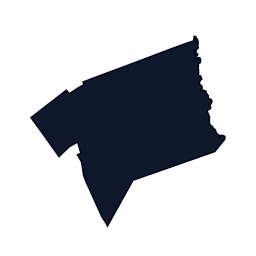 the district of Vicente López, Buenos Aires, Argentina, rotated 8°
{"feature_id": "61730980B14767108287685", "entity_name": "Vicente López", "entity_type": "district", "adm_level": 2, "iso_a3": "ARG", "parent_name": "Argentina", "parent_adm1": "Buenos Aires", "projection": "robinson", "projection_center": [-58.476, -34.529], "detail": "fine", "context": "isolated", "style": "filled", "palette": "ink", "viewbox_px": 256, "rotation_deg": 8, "n_neighbors": 0, "source": "geoboundaries", "source_scale": "gbopen_adm2", "svg_char_len": 5030}
<svg xmlns="http://www.w3.org/2000/svg" viewBox="0 0 256 256"><g transform="rotate(8 128 128)"><path d="M182.5,28.0L180.8,28.0L180.8,31.3L181.0,32.5L174.0,36.0L160.1,43.4L129.1,60.4L109.1,71.3L93.1,79.9L77.1,88.7L78.5,91.1L75.3,93.5L72.3,95.9L65.0,102.3L61.7,99.1L52.2,109.0L44.9,116.4L30.5,131.2L46.0,147.2L63.7,165.9L72.1,155.1L72.4,154.7L80.1,148.9L84.9,159.7L81.7,161.5L86.7,168.1L90.8,181.5L94.5,188.0L102.2,200.1L114.6,219.8L119.4,225.1L121.3,228.0L140.2,179.0L217.3,139.2L221.9,131.3L224.5,127.2L225.5,125.2L225.3,123.5L225.1,123.4L224.8,122.8L224.6,122.6L223.9,122.4L223.4,122.3L223.0,122.3L222.7,122.2L221.9,122.2L221.5,122.3L221.2,122.3L220.9,122.4L220.4,122.7L220.1,122.8L220.0,123.1L220.0,123.3L220.0,123.6L220.1,123.9L220.2,124.1L220.1,124.3L219.9,124.4L219.7,124.3L219.6,124.1L219.5,123.5L219.3,122.9L219.1,122.6L218.9,122.4L217.9,121.8L217.6,121.7L217.4,121.5L217.2,121.4L216.7,121.0L216.3,120.5L216.0,120.1L215.9,119.9L215.6,119.6L215.5,119.4L215.2,118.6L214.7,117.7L214.4,117.3L213.9,117.1L213.6,117.0L213.3,116.9L213.0,116.9L213.0,117.1L212.9,117.0L212.8,116.8L212.6,116.6L212.4,116.3L212.2,116.1L212.1,115.7L211.9,115.5L211.7,115.2L211.3,114.8L211.0,114.6L210.7,114.4L210.4,114.3L209.8,114.1L209.6,114.0L209.4,114.0L209.2,113.9L209.1,113.7L208.7,113.3L208.6,113.2L208.5,112.5L208.4,112.3L208.2,112.1L208.1,111.7L207.9,111.4L207.7,110.7L207.6,110.4L207.4,110.2L207.2,109.9L207.1,109.7L207.4,109.5L207.5,109.3L207.7,109.1L207.7,108.9L207.4,108.8L207.2,108.7L207.2,108.4L207.3,108.2L207.2,108.1L206.9,108.1L206.9,107.8L207.0,107.5L207.1,107.1L207.2,106.9L207.4,106.5L207.4,106.2L207.3,105.8L207.0,105.4L206.8,105.1L206.6,104.8L206.0,103.6L205.5,102.8L205.0,102.5L205.0,102.4L205.2,102.2L204.9,102.1L204.6,102.0L204.5,101.9L204.4,101.7L204.3,101.2L204.3,100.9L204.3,100.3L204.6,99.0L204.7,98.7L204.8,98.6L205.3,98.5L205.9,98.4L206.1,98.2L206.5,97.9L206.7,97.6L207.0,96.8L207.0,96.4L207.0,96.1L206.9,95.8L206.7,95.5L206.2,94.7L206.1,94.3L206.0,93.9L206.0,93.5L206.2,93.2L206.4,93.1L206.6,93.0L206.7,92.8L206.8,92.3L207.0,91.8L207.1,91.6L207.3,91.2L207.3,90.9L207.3,90.6L207.3,90.2L207.3,89.7L207.2,89.4L207.0,89.0L206.8,88.6L206.6,88.4L206.3,88.2L206.0,88.1L205.7,88.0L205.1,88.0L204.6,87.9L204.4,87.8L204.0,87.7L203.8,87.6L203.6,87.5L203.4,87.3L203.3,87.0L203.3,86.6L203.1,86.1L203.1,85.6L203.1,85.1L203.0,84.8L202.9,84.7L202.7,84.5L202.1,84.0L201.7,83.7L201.6,83.4L201.2,83.2L200.8,82.5L200.7,82.2L200.0,80.9L199.9,80.7L199.5,80.6L199.3,80.6L198.9,80.2L198.3,80.2L198.0,80.3L197.9,80.3L197.9,80.7L197.6,81.2L197.3,81.4L197.3,81.2L197.4,80.9L197.5,80.7L197.3,80.3L197.1,80.1L196.8,80.0L196.4,80.0L195.2,80.1L194.5,80.2L194.2,80.1L194.0,79.8L194.2,79.7L194.4,79.6L195.3,79.2L195.7,79.0L195.8,78.7L195.7,78.1L195.7,77.3L195.4,76.5L195.4,76.3L195.2,76.1L195.0,75.9L194.9,75.9L194.4,75.6L194.0,75.4L193.7,75.2L193.0,74.7L192.9,74.5L192.6,74.6L192.3,74.4L192.2,74.1L192.3,73.8L192.4,73.7L192.5,73.4L192.4,72.8L192.5,72.6L192.6,72.4L192.7,72.2L192.7,71.5L193.1,70.6L193.3,70.2L193.9,69.8L194.3,69.5L194.1,69.0L193.8,68.6L193.3,67.4L192.9,66.6L192.7,66.4L192.2,66.3L191.8,66.4L191.5,66.4L191.3,66.3L191.1,66.2L190.7,66.0L190.4,65.8L190.1,65.1L190.4,64.8L190.4,64.6L190.1,64.4L189.9,64.3L189.8,64.1L189.9,63.9L190.1,63.9L190.2,63.7L190.3,63.4L190.1,63.1L190.0,62.3L189.9,61.9L189.8,61.2L189.7,60.6L189.6,60.2L189.4,59.9L189.3,59.7L189.3,59.4L189.3,58.6L189.2,57.9L189.1,57.7L189.1,57.4L189.1,56.9L189.1,56.5L189.1,56.2L189.0,55.8L188.7,55.2L188.4,55.3L188.4,55.1L188.6,54.5L188.9,54.3L189.2,54.1L189.7,53.9L189.9,53.8L190.1,53.6L190.5,53.2L190.5,52.9L190.5,52.3L190.5,51.8L190.5,51.1L190.5,50.6L190.1,49.8L190.0,49.5L189.8,49.2L189.5,48.7L188.7,48.4L188.2,48.5L187.8,48.8L187.6,48.9L187.5,49.0L187.1,49.0L186.9,49.0L186.5,49.3L186.4,49.2L186.2,49.2L186.1,49.3L185.9,49.5L185.6,49.5L185.3,49.5L185.1,49.5L184.8,49.7L184.7,49.5L184.8,49.4L185.1,49.2L185.3,49.1L185.3,48.7L185.4,48.3L185.5,48.2L185.7,47.9L185.4,47.9L185.2,47.5L185.1,47.3L185.1,47.2L185.4,47.1L185.7,47.0L185.8,46.9L186.0,46.8L186.3,46.8L186.4,46.7L186.1,46.6L185.8,46.5L185.7,46.3L185.8,46.3L186.0,46.2L185.9,46.0L185.6,45.9L186.1,45.6L186.3,45.5L186.5,45.4L186.6,45.2L186.3,45.2L186.2,45.1L185.9,44.5L185.6,44.5L185.4,44.6L185.1,44.5L184.9,44.4L184.7,44.5L184.6,44.4L184.4,44.2L184.2,44.1L183.9,44.1L184.0,44.1L184.2,43.9L184.3,43.6L184.4,43.4L184.3,43.2L184.2,43.1L184.3,42.8L184.3,42.6L184.2,42.6L184.2,42.4L184.5,42.5L184.7,42.4L184.9,42.1L184.7,41.9L184.9,41.7L184.8,41.4L184.6,41.3L184.4,41.3L184.3,41.2L184.5,40.8L184.7,40.7L184.8,40.6L184.9,40.4L185.0,40.3L185.1,40.1L185.4,40.1L185.6,40.0L185.8,39.8L186.1,39.5L186.2,39.3L186.3,39.0L186.3,38.7L186.3,38.0L186.2,37.8L186.0,37.5L185.9,37.1L185.8,36.8L185.7,36.4L185.6,36.2L185.6,35.6L185.7,35.1L185.7,34.7L185.7,34.4L185.5,33.4L185.4,33.1L185.4,32.7L185.1,32.1L184.8,31.5L184.7,31.2L184.3,30.8L184.3,30.6L184.2,30.5L184.1,30.1L183.9,30.0L183.6,30.0L183.2,29.9L183.1,29.7L182.7,29.3L182.7,29.2L182.6,28.7L182.6,28.3L182.6,28.1L182.5,28.0Z" fill="#0f172a" stroke="#020617" stroke-width="1.5"/></g></svg>